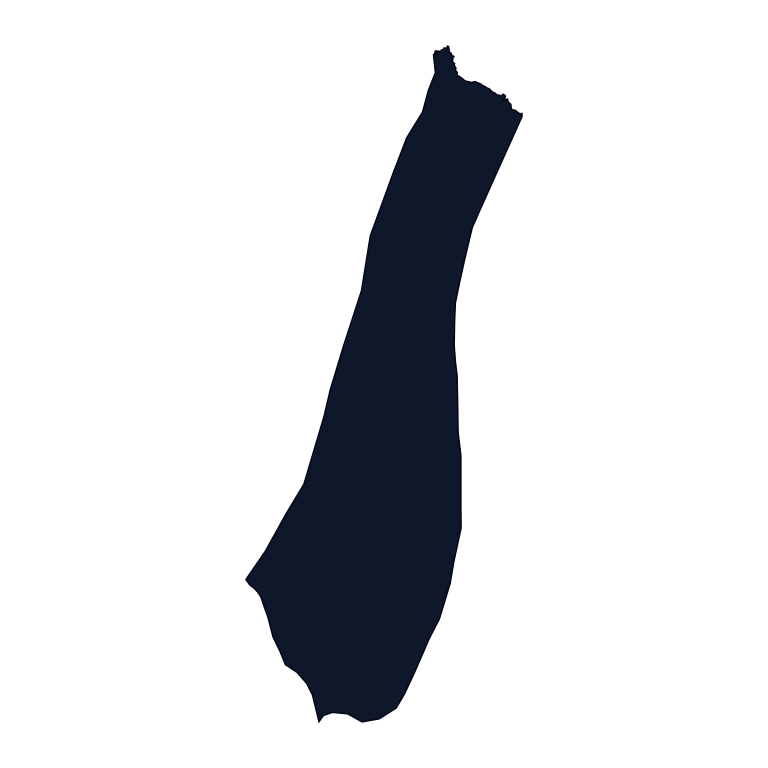 Idjwi, Sud-Kivu, Democratic Republic of the Congo
{"feature_id": "63176286B68411895895174", "entity_name": "Idjwi", "entity_type": "district", "adm_level": 2, "iso_a3": "COD", "parent_name": "Democratic Republic of the Congo", "parent_adm1": "Sud-Kivu", "projection": "natural_earth1", "projection_center": [29.165, -1.966], "detail": "fine", "context": "isolated", "style": "filled", "palette": "ink", "viewbox_px": 768, "rotation_deg": 0, "n_neighbors": 0, "source": "geoboundaries", "source_scale": "gbopen_adm2", "svg_char_len": 3410}
<svg xmlns="http://www.w3.org/2000/svg" viewBox="0 0 768 768"><path d="M435.8,51.0L435.6,51.0L435.4,51.1L435.0,51.7L434.9,52.8L434.9,53.1L434.3,54.0L433.5,54.8L435.4,72.6L428.4,90.4L422.6,111.9L406.7,137.9L393.3,172.8L370.3,235.9L361.5,290.7L343.7,345.5L330.3,389.7L324.0,416.6L303.9,484.2L286.2,513.6L265.3,551.3L245.9,579.5L249.8,584.9L254.1,588.2L257.3,591.5L260.9,596.9L261.2,597.8L263.1,603.6L268.0,617.4L273.0,636.8L279.8,650.9L285.5,664.7L297.0,672.3L306.7,683.5L312.4,694.7L319.0,721.7L323.5,715.4L332.5,712.4L347.6,713.8L362.1,721.9L379.2,718.8L396.1,708.1L404.4,694.1L414.5,672.5L429.6,637.8L439.3,619.1L450.1,583.6L453.9,561.3L461.1,527.9L460.9,509.4L460.9,455.9L458.1,432.4L457.5,394.8L457.1,375.8L455.4,361.7L454.2,345.6L454.6,320.8L455.4,302.8L459.6,282.3L465.0,258.0L472.2,227.8L480.1,209.7L496.8,172.5L522.1,116.4L521.8,113.4L520.5,114.0L519.4,113.9L519.2,113.6L518.6,112.9L518.2,112.5L517.8,112.4L517.3,112.1L516.8,111.6L516.5,111.5L515.5,110.5L515.0,110.4L514.7,110.1L514.0,110.0L513.4,110.1L512.5,110.1L512.1,109.8L511.7,109.5L511.7,109.0L511.3,107.8L511.0,107.5L511.1,106.5L510.7,106.1L511.0,104.9L510.8,104.3L510.3,103.9L509.8,103.4L509.3,103.2L509.0,102.6L508.4,102.0L507.7,101.0L507.6,100.5L507.9,99.9L507.8,99.3L507.3,99.1L506.6,99.3L505.6,99.3L505.4,99.5L505.0,99.9L504.7,100.1L504.0,100.0L503.5,99.8L503.3,99.1L503.4,98.9L503.6,98.8L503.8,98.6L504.1,98.4L504.6,98.2L504.8,97.7L505.5,96.6L505.3,95.9L504.9,95.4L504.1,95.0L503.8,94.5L503.1,94.2L502.8,94.7L502.2,95.2L500.7,96.0L500.3,95.8L499.8,95.4L499.5,95.2L498.9,95.2L498.2,95.0L497.3,94.9L496.6,94.7L495.4,93.4L494.8,93.1L494.2,92.8L493.7,92.6L492.9,92.4L492.7,92.0L492.3,91.8L491.7,91.4L491.3,90.9L490.6,90.3L490.0,89.7L489.7,89.1L488.3,88.5L487.5,88.2L486.9,87.9L486.4,87.6L486.0,87.4L485.6,87.0L484.0,85.9L483.1,86.1L481.6,84.6L481.1,84.2L480.8,84.2L479.8,83.5L479.3,83.4L478.9,83.4L478.4,83.0L477.9,82.9L477.3,82.8L476.7,82.7L476.0,81.8L475.5,81.7L475.2,81.9L474.3,82.0L473.6,81.9L472.8,82.1L472.1,82.3L471.4,82.4L470.9,82.4L470.3,82.4L469.7,82.2L469.3,82.4L469.2,82.1L469.2,81.8L468.5,81.7L467.8,81.6L467.0,81.4L466.1,81.4L465.9,81.1L465.5,81.0L464.9,80.6L464.2,80.2L463.8,79.9L463.4,79.5L462.8,79.1L462.6,78.6L462.2,78.5L461.3,77.9L461.1,77.7L460.7,77.8L460.4,77.3L460.1,77.0L459.9,76.9L459.7,76.7L459.4,76.5L459.2,76.3L458.8,76.0L458.2,75.9L457.5,76.1L457.3,76.0L457.0,75.7L456.9,75.3L456.9,74.6L457.1,74.0L457.2,73.4L457.3,72.8L457.1,72.2L456.7,71.6L456.0,70.9L455.4,70.5L455.1,70.1L455.0,69.6L455.2,69.3L455.8,69.0L455.9,68.4L455.7,67.5L455.4,67.1L454.9,67.0L454.5,66.5L454.6,65.5L454.3,64.8L454.3,64.2L454.5,63.6L454.1,63.5L454.0,63.0L453.4,62.9L452.9,62.4L452.5,62.3L452.5,61.8L452.7,61.4L452.5,61.1L452.3,60.7L452.1,59.5L452.6,59.3L452.0,59.0L452.2,58.5L453.1,57.7L453.7,56.9L453.9,56.4L453.1,56.0L452.7,56.1L452.4,55.8L451.8,55.2L451.5,54.6L451.0,54.4L450.9,53.7L451.2,53.5L450.8,53.1L450.5,52.9L450.0,52.3L449.5,52.2L449.3,51.9L449.3,51.3L448.9,51.0L449.0,50.5L449.1,50.1L449.1,49.2L448.8,48.4L448.8,47.2L448.4,47.2L448.0,46.9L448.2,46.4L447.9,46.1L447.5,46.1L447.3,46.7L447.1,47.9L446.9,48.6L446.5,48.7L446.4,48.2L445.6,48.0L444.7,48.1L444.0,48.0L443.6,48.7L443.4,49.5L442.9,49.9L442.4,49.9L442.1,49.9L441.4,50.0L441.2,50.6L440.8,50.9L440.1,51.2L439.3,51.7L438.6,51.5L438.2,51.0L437.6,51.1L437.2,51.8L436.7,52.2L436.6,51.7L436.6,51.0L436.2,50.9L435.8,51.0Z" fill="#0f172a" stroke="#020617" stroke-width="1.5"/></svg>